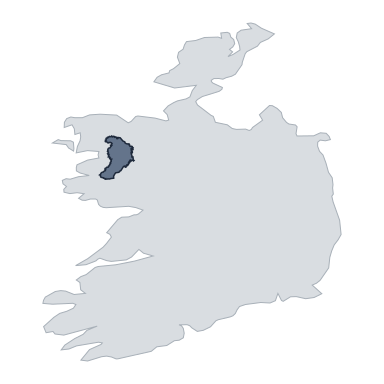 location of Castlebar Lea-7, Mayo, Ireland
{"feature_id": "5873133B79217415432935", "entity_name": "Castlebar Lea-7", "entity_type": "district", "adm_level": 2, "iso_a3": "IRL", "parent_name": "Ireland", "parent_adm1": "Mayo", "projection": "robinson", "projection_center": [-9.299, 53.81], "detail": "fine", "context": "in_parent", "style": "filled", "palette": "slate", "viewbox_px": 384, "rotation_deg": 0, "n_neighbors": 0, "source": "geoboundaries", "source_scale": "gbopen_adm2", "svg_char_len": 8682}
<svg xmlns="http://www.w3.org/2000/svg" viewBox="0 0 384 384"><path d="M257.4,46.2L246.8,51.7L245.2,53.7L242.3,62.3L242.0,64.7L235.4,74.2L231.7,76.2L226.1,77.7L222.9,79.2L218.9,78.5L213.8,78.6L211.3,80.3L211.4,81.6L212.9,83.1L222.4,87.5L221.9,89.3L219.2,91.3L202.4,96.5L197.4,99.6L195.7,101.6L197.5,105.0L211.0,115.3L213.3,116.4L215.4,122.3L227.3,124.8L232.2,128.5L236.4,129.4L245.6,129.1L249.2,130.5L251.3,129.5L252.5,127.5L262.6,120.2L259.4,114.8L269.5,105.5L272.4,105.7L277.2,108.5L281.3,112.4L282.6,117.7L286.5,122.4L288.9,124.0L295.5,125.0L297.1,126.8L296.0,133.7L297.0,136.0L313.7,135.8L320.4,132.8L326.2,133.3L329.1,136.4L330.4,139.6L325.4,140.8L320.2,140.1L317.7,142.2L317.6,146.2L319.5,151.3L323.0,155.0L326.0,163.2L328.5,172.3L332.2,177.8L333.0,184.7L332.6,188.0L333.3,194.1L331.8,196.2L333.1,201.9L339.6,220.2L341.1,234.5L338.1,239.8L334.2,244.9L331.7,250.9L329.8,257.4L328.7,267.9L320.2,280.2L316.5,283.2L312.2,285.1L321.8,293.7L314.1,297.5L305.7,298.7L296.3,296.6L290.5,296.8L283.2,301.3L281.5,300.5L277.9,293.4L275.4,300.7L270.0,303.0L260.8,302.5L245.4,304.5L239.5,306.5L237.1,309.8L235.3,313.5L232.9,315.8L230.2,316.9L218.3,319.7L215.9,320.8L210.5,326.8L203.3,330.3L197.3,331.4L191.9,327.9L189.7,325.7L187.2,324.7L179.0,324.8L181.6,325.9L183.3,328.4L184.2,333.2L183.3,337.8L179.2,340.2L174.4,340.7L166.8,345.5L156.8,346.8L151.3,351.3L118.0,358.8L116.1,358.9L111.5,357.0L106.6,356.1L101.6,356.7L87.6,361.0L80.9,360.1L89.5,349.6L101.1,344.4L102.3,342.9L98.5,342.2L76.5,345.9L68.9,349.0L61.2,349.9L64.8,345.1L74.7,338.6L83.2,334.3L86.9,330.4L97.2,326.1L63.8,335.1L55.0,334.0L53.0,331.5L46.1,332.7L43.6,326.6L53.8,317.4L59.7,313.4L66.7,311.3L73.4,308.2L75.9,304.5L72.8,303.3L52.6,304.2L42.9,303.4L43.5,300.4L45.3,297.1L55.3,291.5L60.7,290.6L65.6,291.1L74.1,294.5L85.4,293.4L80.7,289.8L79.9,282.5L76.3,280.0L80.9,276.6L86.2,274.6L95.1,267.5L98.2,266.5L115.6,264.8L134.5,261.1L153.1,256.0L143.5,253.2L138.9,249.4L131.6,257.0L126.3,259.9L111.3,261.4L106.6,260.6L99.9,258.2L97.9,259.1L95.9,260.9L86.0,264.7L75.6,265.6L87.7,258.7L103.1,247.2L106.5,243.5L111.4,237.1L109.9,234.3L106.7,232.7L117.8,219.6L121.7,217.2L128.8,216.9L134.1,214.8L136.3,214.8L138.4,214.0L143.0,210.1L135.9,207.6L128.7,206.3L106.2,207.7L103.2,207.4L100.4,206.2L98.6,204.4L97.3,200.0L95.6,199.0L90.5,199.0L85.5,200.4L82.1,200.2L78.6,198.3L84.1,193.7L77.1,192.7L69.9,193.6L64.0,192.2L63.8,189.3L66.5,186.5L63.0,183.8L62.3,180.4L66.1,178.7L70.2,179.2L78.5,176.7L89.2,175.5L80.1,173.0L76.4,170.9L76.3,167.6L77.0,164.8L87.6,160.1L98.9,158.0L98.1,154.9L98.9,151.5L87.5,150.6L76.2,152.9L77.4,146.5L80.1,140.7L80.7,136.9L80.2,132.8L74.9,134.5L74.3,128.7L72.0,124.8L64.2,127.5L64.4,122.3L66.7,118.6L70.8,117.0L74.9,117.7L82.4,117.7L89.6,114.9L100.1,114.2L116.7,115.1L128.2,122.8L131.2,121.4L135.7,116.5L137.9,116.0L155.1,118.1L165.9,120.9L168.7,120.1L167.2,114.6L163.5,110.9L168.1,105.9L173.7,102.6L177.4,100.9L186.1,98.9L189.9,96.9L192.3,90.6L196.3,85.3L174.6,88.0L153.9,81.8L157.1,77.3L161.5,74.8L169.0,72.9L169.7,70.6L173.5,68.7L179.8,63.6L177.4,57.1L178.6,52.3L183.1,49.2L184.5,44.9L186.5,41.6L195.7,40.5L204.5,37.5L218.1,37.1L221.6,38.3L220.8,33.0L227.2,32.3L229.7,33.4L230.8,37.1L233.7,39.5L234.7,43.7L232.8,46.9L229.5,49.4L232.6,51.9L228.0,56.6L233.0,54.5L240.0,50.0L239.6,46.4L238.3,41.8L236.3,37.6L237.2,33.0L241.1,30.2L251.6,28.7L247.2,23.5L251.0,23.0L255.2,24.1L261.4,28.2L274.4,33.9L268.2,38.9L260.4,42.4L257.4,46.2ZM73.9,148.6L73.6,151.1L68.6,148.0L66.2,144.6L52.4,143.0L58.2,139.6L61.0,140.6L70.7,140.8L73.4,142.2L73.9,148.6Z" fill="#d9dde1" stroke="#a8b0b8" stroke-width="1"/><path d="M105.4,141.7L105.8,141.4L106.3,141.5L107.3,142.4L107.8,142.5L107.9,142.9L108.1,143.0L108.5,142.8L109.1,142.7L109.3,142.4L109.8,142.5L110.4,142.4L110.6,142.4L111.1,142.8L111.5,142.8L111.8,143.3L111.7,143.5L111.9,143.6L111.6,143.9L111.6,144.0L111.5,144.3L111.5,144.6L111.9,145.1L111.6,145.3L111.4,145.3L111.5,145.4L111.3,145.5L111.0,145.7L111.0,145.9L110.9,145.9L111.1,146.2L110.9,146.3L110.0,147.8L108.6,148.2L108.3,148.5L108.1,148.8L108.0,149.2L107.9,149.3L107.8,149.5L108.0,150.0L107.8,150.2L107.9,150.4L107.9,150.6L107.7,150.9L107.5,151.3L107.9,151.5L108.0,151.6L108.2,151.8L108.2,152.0L108.3,152.2L108.1,152.3L108.1,152.5L108.2,153.0L108.1,153.3L107.9,153.4L108.2,153.6L108.3,153.7L108.5,153.9L108.7,154.1L108.3,154.2L108.3,154.3L108.1,154.4L108.4,154.7L108.6,154.8L108.6,155.1L108.8,155.3L108.5,155.7L108.6,155.8L108.5,156.2L108.9,156.5L108.7,156.7L108.9,156.7L109.0,157.0L109.4,156.9L109.8,157.2L109.7,157.4L109.7,157.6L109.5,157.8L109.7,158.0L110.2,158.1L110.1,158.3L110.2,158.5L109.9,158.7L110.1,158.9L110.3,159.2L110.6,159.6L111.1,159.3L111.3,159.4L111.7,159.2L111.7,159.3L111.3,159.8L111.0,160.0L111.0,160.3L111.2,160.5L111.1,160.8L111.2,161.0L111.2,161.6L110.9,161.7L110.6,162.0L110.5,162.4L110.4,162.4L110.3,162.6L110.1,162.9L110.1,163.0L110.4,162.9L110.6,163.1L110.7,163.3L110.6,163.5L110.3,164.0L109.9,164.2L109.5,164.7L109.5,164.9L109.6,165.0L109.6,165.3L109.1,165.6L109.0,166.0L108.6,166.1L108.7,166.4L108.5,166.6L108.3,167.1L107.8,167.3L107.1,167.1L107.0,167.4L105.6,168.2L105.6,168.5L105.1,168.5L105.0,168.8L105.6,169.3L105.0,169.9L105.1,170.1L105.4,170.4L105.4,170.6L104.2,171.1L103.5,171.7L103.4,172.0L103.0,172.1L102.4,172.2L101.4,172.7L100.8,173.6L100.7,174.1L99.8,174.8L100.3,174.9L100.4,175.2L100.4,175.4L100.5,175.6L100.3,175.8L100.5,176.2L100.5,176.3L100.8,176.7L100.9,177.1L101.1,177.2L101.1,177.4L101.3,177.5L101.2,177.6L101.4,177.4L101.7,177.5L102.7,177.6L102.9,177.8L103.4,177.8L103.4,178.0L103.7,178.1L103.8,178.3L104.4,178.4L104.5,178.6L104.9,178.7L105.1,179.0L105.5,178.8L105.5,179.2L108.4,178.9L109.0,179.0L109.4,179.0L110.0,178.9L110.2,178.7L110.4,178.6L113.7,178.2L113.6,176.1L115.1,173.5L115.7,172.8L118.8,172.3L119.0,172.1L119.2,171.9L119.5,171.7L119.8,171.4L119.9,171.1L120.2,170.9L120.3,170.7L120.9,170.6L123.3,166.8L123.5,166.7L123.8,166.5L124.0,166.2L124.8,166.1L124.9,166.3L124.9,166.5L125.0,166.5L125.2,166.9L125.3,166.8L125.4,167.1L125.7,167.2L125.8,167.2L126.0,167.0L125.9,166.9L126.0,166.7L125.9,166.6L125.8,166.1L126.3,166.1L126.4,165.9L126.5,165.8L126.7,165.6L126.8,165.5L126.9,165.3L126.9,164.8L127.2,164.6L127.5,164.5L127.8,164.7L127.9,165.1L128.4,164.4L128.7,163.9L128.6,163.6L128.7,163.4L128.7,163.1L128.6,162.9L128.9,162.8L129.2,163.0L129.4,162.9L129.5,162.4L129.0,162.0L129.1,161.9L129.1,161.7L129.3,161.5L129.6,161.5L129.8,161.9L130.1,161.9L130.2,161.7L130.2,161.4L129.9,161.0L130.2,160.9L130.1,160.7L130.0,160.3L130.1,160.1L130.4,160.0L130.9,160.2L131.6,160.8L131.8,160.4L132.5,160.3L132.9,160.1L133.1,160.3L133.4,160.5L133.5,160.8L133.7,160.6L134.0,160.5L133.7,160.1L133.2,159.7L133.2,159.3L133.1,158.9L133.1,158.7L133.2,158.1L133.0,157.7L132.9,157.0L132.9,156.9L132.5,156.9L132.0,157.1L131.8,156.7L131.9,156.3L131.9,156.1L131.9,155.5L131.7,155.2L131.6,154.7L131.5,154.2L131.4,154.1L131.2,153.9L131.3,153.5L131.2,153.4L131.2,153.2L131.3,153.3L131.3,153.2L131.3,152.9L131.2,152.8L131.2,152.6L131.3,152.5L131.2,152.4L131.3,152.3L131.2,152.3L131.3,152.3L131.2,152.1L131.3,152.0L131.6,152.0L131.7,152.3L131.8,152.5L132.0,152.6L132.3,152.7L132.4,152.4L132.3,151.7L132.0,151.6L131.9,151.5L131.7,151.4L131.7,151.1L131.7,150.9L131.6,150.6L131.6,150.2L131.1,150.0L131.2,149.5L131.2,149.4L131.5,149.6L132.0,149.3L132.2,149.9L132.3,150.0L132.7,149.9L133.0,149.6L132.9,149.4L132.8,149.0L133.0,148.8L132.9,148.6L132.7,148.6L132.3,148.5L132.3,148.3L132.3,148.2L132.2,148.2L132.5,148.0L132.6,147.9L132.9,147.6L132.7,147.5L132.6,147.4L132.5,147.2L132.1,147.1L132.2,146.6L131.8,146.3L131.3,146.3L130.8,146.5L130.0,146.4L129.9,145.9L129.8,145.5L129.4,145.0L129.2,145.0L129.2,144.9L129.1,144.6L129.2,144.4L129.5,144.3L129.4,144.3L129.3,144.1L129.1,144.1L128.8,143.9L128.7,143.9L128.8,144.0L128.5,144.0L128.3,144.1L126.3,143.7L125.1,143.0L124.9,142.1L124.7,142.1L124.3,141.6L122.9,141.0L120.2,137.8L118.4,137.5L117.8,137.8L117.8,138.1L117.9,138.3L117.9,138.5L117.4,138.7L116.8,138.6L116.7,138.3L116.8,138.1L116.9,137.7L116.9,137.4L116.5,137.4L116.3,137.2L115.9,137.1L115.7,137.2L115.2,136.9L115.0,137.1L114.9,137.1L114.7,137.3L114.4,137.1L114.3,136.5L113.9,136.4L113.5,136.3L113.3,136.3L113.1,136.6L112.8,136.7L112.4,136.9L111.9,136.2L111.7,136.0L111.3,136.4L111.0,136.5L110.9,136.7L110.5,136.6L110.2,136.7L109.9,136.6L109.6,136.4L109.4,136.4L109.2,136.6L109.2,136.8L108.5,137.3L108.1,137.2L108.0,137.4L107.8,137.4L107.8,137.2L107.5,137.3L107.3,137.4L107.3,137.6L107.5,138.0L107.2,138.1L106.9,138.3L106.9,138.2L106.6,138.2L106.6,138.3L106.2,138.3L106.1,138.5L106.0,138.9L106.1,139.0L106.2,139.7L106.3,139.9L106.1,140.0L106.1,140.3L105.9,140.5L105.5,140.3L105.4,140.3L105.4,141.0L105.3,141.4L105.3,141.6L105.4,141.7Z" fill="#64748b" stroke="#1e293b" stroke-width="1.5"/></svg>